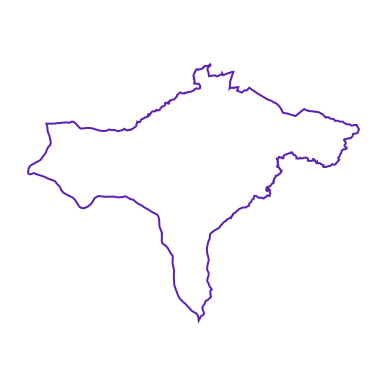 the district of Apía, Risaralda, Colombia, rotated 272°
{"feature_id": "7082276B94822224819710", "entity_name": "Apía", "entity_type": "district", "adm_level": 2, "iso_a3": "COL", "parent_name": "Colombia", "parent_adm1": "Risaralda", "projection": "natural_earth1", "projection_center": [-75.959, 5.139], "detail": "fine", "context": "isolated", "style": "outline", "palette": "violet", "viewbox_px": 384, "rotation_deg": 272, "n_neighbors": 0, "source": "geoboundaries", "source_scale": "gbopen_adm2", "svg_char_len": 6083}
<svg xmlns="http://www.w3.org/2000/svg" viewBox="0 0 384 384"><g transform="rotate(272 192 192)"><path d="M320.2,205.6L318.9,204.4L318.3,203.0L318.6,201.5L318.4,200.5L317.6,200.1L317.3,199.0L316.1,198.8L315.3,196.9L315.0,195.1L314.2,193.9L314.9,192.7L314.8,192.1L313.6,191.7L312.7,190.9L311.5,190.7L310.2,189.8L307.8,189.3L307.1,190.0L306.4,190.4L305.1,189.7L304.1,190.6L302.7,190.7L300.4,190.4L300.3,190.9L300.7,191.5L300.2,193.3L300.5,194.8L299.9,195.0L298.7,196.4L296.3,196.5L295.7,196.0L295.4,193.5L295.7,192.8L295.6,192.2L294.9,191.1L293.9,190.6L292.6,188.2L292.0,186.7L291.6,184.0L290.9,183.2L291.0,181.6L290.1,180.8L290.3,178.9L291.1,177.1L290.9,176.4L289.9,175.3L289.1,174.8L288.6,173.8L286.5,173.4L286.0,172.5L284.0,171.1L283.5,168.7L283.1,168.1L282.6,166.6L282.0,166.7L281.3,165.6L280.1,166.0L279.6,165.9L279.6,164.9L280.5,163.5L280.1,162.2L279.5,162.0L278.4,162.2L277.7,161.8L276.6,160.7L276.3,159.2L276.0,158.6L272.9,156.8L272.4,155.6L272.9,153.8L272.6,153.3L271.7,153.1L271.3,152.6L271.3,150.1L270.9,149.2L268.7,147.7L267.3,147.1L267.3,146.8L268.2,146.4L267.9,145.3L267.4,145.2L266.4,145.8L265.9,145.5L265.5,144.1L264.9,143.5L264.8,142.0L263.9,141.3L262.7,138.7L260.8,138.0L260.0,137.2L260.3,134.8L259.0,135.0L258.1,134.1L256.8,134.2L255.9,133.9L253.0,130.4L252.6,129.0L251.8,128.4L251.8,126.7L251.2,125.0L252.8,121.9L251.6,120.8L250.2,116.1L250.4,114.8L251.3,112.0L251.0,109.4L251.6,107.0L250.3,104.6L250.0,103.4L249.9,99.4L250.4,96.4L251.8,91.5L252.4,88.1L252.3,84.7L251.5,79.2L252.1,77.5L257.3,72.4L258.2,70.2L258.0,69.1L257.0,67.4L257.1,63.1L255.4,50.1L255.2,44.1L251.9,45.2L248.4,45.5L246.0,46.2L243.9,47.3L237.9,48.9L236.4,49.1L233.9,48.7L232.0,46.8L230.0,45.8L226.1,44.5L218.6,39.3L213.0,29.9L211.2,28.5L209.3,27.8L206.1,27.4L204.6,28.0L204.1,29.2L204.3,31.0L205.4,33.1L205.3,33.6L204.4,35.7L202.2,43.7L200.7,46.8L198.7,53.0L197.7,55.2L196.2,56.1L193.1,59.2L190.9,60.7L189.0,61.4L187.0,63.3L185.3,66.2L182.4,72.7L180.8,74.6L178.8,76.3L173.3,79.9L172.0,82.6L172.1,85.0L173.9,88.4L175.9,90.9L179.1,93.2L182.4,94.9L184.7,98.3L184.2,105.8L184.7,113.6L184.2,116.6L184.1,119.2L184.5,122.4L185.4,125.4L184.9,126.9L183.2,129.8L182.4,132.1L182.1,133.9L180.3,135.8L178.3,138.7L176.9,142.0L174.6,145.5L172.8,149.2L170.7,152.6L168.3,157.8L166.5,159.1L164.4,160.0L156.2,160.7L149.6,163.6L148.8,163.2L146.0,163.5L142.3,163.4L139.7,164.2L137.3,167.6L134.9,169.9L130.3,172.6L127.9,174.7L125.8,175.1L120.5,175.0L112.5,176.9L108.6,176.7L98.5,177.5L89.9,180.9L85.9,182.9L83.2,185.4L81.4,187.4L80.3,189.0L73.0,196.2L70.4,201.1L68.1,202.5L63.8,203.2L68.0,205.2L69.7,207.6L70.4,208.1L71.8,208.1L75.6,206.5L76.8,206.4L77.9,206.8L80.5,208.4L83.2,209.3L83.8,209.6L84.4,211.2L87.8,214.7L90.8,213.9L93.3,213.7L94.1,214.0L95.4,215.2L98.4,212.8L100.9,211.9L103.2,210.5L104.5,210.2L109.6,211.5L112.0,211.4L114.2,210.1L115.6,209.8L119.3,210.0L124.2,211.1L127.5,210.6L131.1,209.3L136.6,208.9L142.5,209.9L145.9,211.2L151.0,211.7L154.6,216.1L156.5,219.5L158.3,221.3L160.0,222.1L160.9,223.4L161.9,223.8L163.6,225.6L164.2,226.9L165.6,227.7L166.4,228.9L166.8,230.2L167.3,230.7L167.4,231.9L168.4,231.7L169.1,232.8L169.8,232.9L170.4,233.6L171.6,233.8L173.0,236.2L174.4,237.3L176.8,240.0L178.3,243.4L178.4,246.3L179.8,248.2L180.4,249.6L182.6,249.6L183.8,251.2L186.6,252.5L187.5,254.0L188.4,253.9L190.2,254.4L190.5,256.0L189.0,257.9L188.5,259.9L188.7,260.9L188.5,261.6L188.7,262.1L188.0,263.6L188.2,264.3L189.3,265.2L189.8,266.5L190.9,266.9L191.2,267.4L190.7,269.5L190.9,269.8L192.5,269.9L193.2,270.3L194.4,269.8L196.0,270.1L196.9,269.2L197.9,268.9L198.0,268.4L197.8,268.0L195.7,267.7L195.4,267.0L196.8,266.0L197.3,266.0L198.0,266.9L199.2,266.4L200.8,270.2L203.1,271.6L203.7,273.1L204.6,273.4L205.5,272.8L206.6,273.8L207.9,273.5L209.5,274.8L210.9,274.9L211.2,275.3L211.1,276.0L211.7,276.7L211.7,277.3L213.5,278.9L213.9,279.9L215.0,280.0L216.1,280.9L216.7,280.5L217.1,279.6L217.8,279.5L218.4,278.5L219.5,278.3L220.1,276.4L220.4,276.0L220.8,276.1L221.9,277.4L222.9,276.8L223.9,276.9L224.4,276.5L225.3,276.9L226.2,276.5L227.0,276.6L227.3,275.8L228.0,275.6L228.4,275.9L228.7,277.1L230.0,277.5L230.0,278.0L229.4,279.0L229.8,280.1L229.0,280.9L228.7,281.7L229.5,282.3L231.2,282.4L231.9,282.7L234.1,287.6L234.3,289.1L235.2,289.7L235.0,290.5L234.6,291.0L233.9,291.1L233.4,291.9L232.4,292.7L232.4,293.6L230.8,295.2L229.2,295.2L229.1,298.1L230.0,298.9L229.5,299.9L229.5,301.6L230.3,303.1L230.1,305.7L229.8,306.2L228.8,306.8L227.4,306.7L227.1,308.0L227.4,310.7L227.7,311.4L227.8,312.3L228.1,312.0L229.1,311.9L229.0,312.8L228.4,312.9L227.9,314.0L226.6,314.4L226.0,315.4L226.7,316.1L225.7,316.3L225.6,315.6L225.2,315.6L225.2,318.8L224.4,320.0L224.0,321.1L223.6,321.3L223.3,322.6L222.3,322.1L221.6,322.5L221.6,325.1L222.7,327.5L223.0,329.4L224.8,331.3L224.3,332.4L224.3,333.7L224.8,334.6L225.7,334.9L229.0,337.9L229.6,338.0L230.5,337.0L231.2,337.0L232.8,338.2L234.4,338.6L235.8,339.6L238.3,340.1L240.0,341.8L240.2,342.6L240.0,343.7L240.6,344.8L241.2,345.1L241.8,344.9L242.6,343.5L243.3,342.9L244.0,342.7L245.8,343.9L246.8,344.0L248.9,342.3L249.6,342.1L250.1,342.5L250.1,344.3L251.3,346.4L251.1,347.5L251.5,348.9L253.5,350.6L255.5,350.8L256.4,354.3L257.1,355.6L260.4,356.6L261.0,356.5L263.7,354.5L264.7,354.4L264.8,353.3L264.5,351.3L264.0,350.1L264.0,348.8L265.1,347.3L265.1,343.9L266.7,341.1L267.6,340.3L267.4,338.0L268.3,335.4L268.1,332.4L269.9,331.2L270.0,328.4L270.7,326.7L271.5,325.8L271.5,324.4L271.0,323.0L274.0,320.1L276.0,316.3L276.4,314.1L277.1,305.6L278.0,302.7L278.9,301.2L271.5,292.8L274.0,283.5L274.2,280.4L279.4,277.3L281.8,275.2L283.9,272.5L284.3,270.7L286.1,268.0L286.4,266.1L287.7,263.3L292.3,254.9L296.8,247.6L298.2,245.7L295.4,243.0L295.6,242.1L295.2,240.6L293.1,238.4L294.9,233.5L298.3,234.7L298.3,232.4L297.7,231.4L297.7,230.5L297.5,230.3L297.9,229.9L297.5,229.1L297.4,226.5L296.8,226.0L302.7,226.4L303.4,226.2L313.5,229.1L313.2,227.0L312.4,225.7L312.1,224.3L309.8,219.0L311.7,218.0L310.6,217.8L310.2,217.4L310.3,216.1L309.3,215.0L308.4,212.7L309.4,210.5L308.3,205.0L312.3,204.2L315.0,203.0L316.4,203.5L317.3,204.1L319.2,206.1L320.2,205.6Z" fill="none" stroke="#5b21b6" stroke-width="2"/></g></svg>